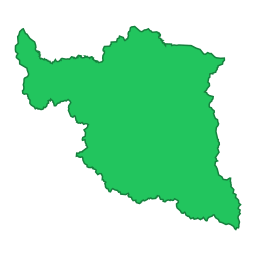 outline of Sadao, Songkhla, Thailand
{"feature_id": "78962969B3904218037840", "entity_name": "Sadao", "entity_type": "district", "adm_level": 2, "iso_a3": "THA", "parent_name": "Thailand", "parent_adm1": "Songkhla", "projection": "orthographic", "projection_center": [100.374, 6.658], "detail": "fine", "context": "isolated", "style": "filled", "palette": "green", "viewbox_px": 256, "rotation_deg": 0, "n_neighbors": 0, "source": "geoboundaries", "source_scale": "gbopen_adm2", "svg_char_len": 5686}
<svg xmlns="http://www.w3.org/2000/svg" viewBox="0 0 256 256"><path d="M156.7,31.9L152.2,32.3L151.1,31.0L150.0,30.7L148.4,28.8L146.2,29.8L144.4,30.0L142.1,31.6L141.1,31.6L139.8,31.0L134.7,26.5L131.4,27.0L130.4,27.8L129.9,31.0L128.8,31.7L128.3,32.8L128.1,34.1L128.5,35.4L127.9,37.9L127.4,38.8L126.3,39.1L125.7,40.2L124.9,40.6L124.6,40.4L123.3,37.5L119.5,36.1L119.0,38.1L117.4,38.7L116.6,41.8L111.2,42.1L111.1,44.3L110.5,44.7L109.8,46.2L104.4,46.5L103.2,49.1L103.1,50.3L103.4,51.0L104.4,51.1L104.4,53.1L103.0,55.5L102.7,58.2L103.1,60.4L102.0,61.8L98.7,62.6L97.9,61.5L96.3,62.0L95.7,61.4L96.4,60.9L94.1,60.4L93.5,59.1L92.9,59.1L93.3,58.0L92.3,57.9L92.0,56.8L91.2,56.8L89.7,58.1L89.6,57.5L88.1,57.5L87.2,56.5L86.2,57.2L85.7,56.9L85.6,56.2L84.8,56.1L85.3,56.8L84.4,57.6L82.3,57.9L81.1,57.3L81.4,56.8L81.0,56.2L80.0,56.3L79.7,55.9L80.1,55.7L78.4,55.4L77.2,56.8L77.9,57.2L77.8,57.7L76.6,57.6L75.7,58.5L74.2,57.5L73.9,58.2L72.8,57.1L71.6,56.8L69.4,59.2L68.0,58.9L66.0,59.2L62.0,58.4L60.8,59.2L61.0,60.4L59.9,60.3L59.0,61.4L57.3,61.6L56.2,61.1L55.4,59.6L53.8,62.0L52.5,62.1L52.3,63.5L50.3,62.8L50.0,61.4L48.3,61.3L47.9,60.5L47.2,60.6L46.6,59.7L45.6,59.7L44.4,58.8L44.0,59.8L41.6,58.4L40.6,58.9L40.0,58.4L39.8,56.4L39.3,56.2L40.2,55.0L39.3,54.4L39.8,53.0L38.2,52.5L39.1,51.7L37.5,51.0L36.5,51.2L35.4,49.5L35.5,47.9L35.9,47.5L35.6,45.1L34.6,42.0L29.8,38.4L27.0,34.2L25.5,33.6L23.3,28.8L22.3,29.2L19.8,31.6L18.8,35.2L17.7,36.6L18.2,43.4L15.5,45.9L15.4,49.7L15.7,51.7L17.9,53.7L16.4,56.1L16.4,57.6L19.6,60.3L19.7,63.9L27.0,68.2L27.2,69.9L28.6,73.8L28.4,75.3L27.4,76.7L24.6,78.1L24.1,79.0L24.0,82.3L23.3,84.8L23.9,87.0L23.8,89.0L23.3,90.2L22.5,90.8L22.8,93.2L24.2,94.2L26.3,93.8L27.7,94.5L27.7,96.2L28.4,97.1L28.2,98.1L30.0,100.1L29.9,103.3L31.3,105.1L34.3,107.0L35.3,108.8L36.9,108.0L38.1,109.1L38.9,108.6L40.3,109.4L41.8,109.5L43.4,108.8L43.6,107.3L45.1,107.6L46.6,106.2L47.2,103.9L47.8,103.2L48.5,103.2L48.6,101.8L48.1,100.8L49.3,100.2L50.3,100.8L50.7,99.1L53.0,101.3L53.0,102.3L53.6,102.8L54.3,105.7L55.0,105.8L55.8,105.7L57.5,103.4L60.0,102.7L60.5,101.5L63.0,101.3L65.1,100.4L66.1,101.0L68.1,99.5L70.1,101.1L70.8,102.7L68.8,105.7L68.5,107.8L69.0,108.7L68.4,110.2L70.8,116.1L72.5,117.1L73.3,117.0L74.3,115.8L75.2,116.3L76.1,120.4L77.1,121.4L76.7,122.1L78.3,123.1L79.5,122.9L80.4,123.3L82.1,122.5L83.7,124.3L85.2,123.7L87.1,123.8L88.3,124.6L87.8,125.2L87.6,126.9L86.4,128.3L84.0,129.9L85.5,132.5L85.2,136.3L82.8,137.5L82.3,139.3L82.5,140.3L84.9,139.7L85.4,142.8L86.4,144.2L86.0,145.1L87.2,146.4L87.5,147.5L82.5,151.2L82.5,151.7L79.7,152.1L78.9,153.2L76.7,153.1L76.4,156.2L77.4,155.9L78.5,156.8L80.2,157.3L82.0,156.9L82.7,157.7L83.0,160.2L84.5,163.5L87.1,165.1L87.1,166.7L88.8,167.5L91.2,167.6L92.1,167.1L93.2,167.9L92.8,168.6L95.7,169.6L96.2,170.6L95.6,171.9L97.8,174.6L99.4,173.6L101.2,173.7L102.5,176.4L102.2,179.8L103.3,179.8L103.8,181.2L105.8,182.2L104.8,183.8L105.3,184.6L105.5,186.9L106.6,188.5L107.7,188.6L108.1,189.1L109.1,191.5L110.5,191.8L111.7,189.5L112.8,188.6L114.7,189.8L117.5,190.5L118.7,192.2L119.9,191.9L120.8,194.1L125.7,194.6L128.2,193.3L128.8,194.5L128.1,195.6L128.7,196.8L131.5,197.4L131.8,198.8L133.1,200.6L135.8,200.3L135.8,201.4L136.5,202.6L139.5,203.5L140.7,202.7L140.7,202.1L141.6,201.8L142.2,200.6L143.5,200.1L143.8,200.7L144.6,200.8L147.3,199.4L148.3,198.3L149.5,198.8L150.3,198.0L151.1,198.1L152.0,198.8L155.8,198.4L156.0,197.4L156.9,197.2L157.4,195.7L159.2,196.1L160.5,199.3L163.0,199.5L163.4,200.3L163.1,201.2L164.8,201.8L165.6,201.6L166.2,200.6L168.3,199.9L170.1,200.5L170.6,199.7L172.4,200.4L173.5,200.2L174.6,198.8L178.1,200.6L178.3,202.5L176.5,203.9L176.6,206.3L177.2,208.0L180.3,210.7L181.5,212.9L183.2,213.3L184.6,212.2L185.0,212.4L186.0,215.1L187.9,216.3L188.8,216.2L190.7,218.7L193.3,217.8L194.1,219.2L197.0,218.6L197.7,218.0L200.4,219.6L201.1,218.9L201.8,219.0L203.4,217.4L205.6,220.4L206.4,220.8L207.1,220.6L207.6,218.7L208.8,217.3L212.1,216.1L213.2,214.9L214.0,214.8L215.6,217.7L218.4,219.5L219.5,221.9L222.1,222.6L226.0,224.5L228.6,223.7L230.9,224.6L233.6,226.4L234.8,228.7L235.8,229.5L236.7,227.7L238.5,227.8L238.9,226.1L238.7,225.2L239.5,222.0L238.0,217.9L238.2,216.1L240.2,213.6L239.4,212.6L240.1,210.0L238.2,208.7L238.2,208.1L239.0,206.1L240.6,204.7L238.8,203.0L238.5,200.2L236.5,198.1L235.5,197.7L236.0,194.6L233.1,193.0L233.8,189.6L230.9,186.5L231.2,185.0L230.6,182.9L230.8,182.2L230.3,181.5L230.6,178.2L229.7,178.1L227.0,179.9L223.2,179.4L221.9,176.9L218.7,174.9L217.2,168.9L216.0,166.4L214.9,165.4L215.4,161.8L217.5,160.9L216.5,160.1L216.2,158.7L215.4,157.6L219.0,152.2L217.5,148.1L218.4,147.1L218.3,145.9L219.3,144.7L219.2,142.7L218.1,141.1L218.3,139.6L217.6,139.0L215.9,131.5L216.4,127.4L217.9,125.6L218.6,123.8L217.9,122.3L217.5,119.7L215.4,118.5L214.4,116.3L213.5,113.4L214.3,112.1L214.1,110.7L212.3,109.4L211.4,107.8L209.5,107.1L209.2,106.5L209.2,104.2L210.0,102.5L211.8,101.0L211.9,100.0L212.9,98.9L213.2,96.6L209.1,95.5L207.1,93.9L206.7,92.7L204.6,91.9L206.5,90.1L207.2,88.5L209.5,85.8L209.3,83.4L207.9,82.3L208.7,78.0L209.8,77.2L209.8,74.0L211.2,73.6L212.8,73.9L213.0,73.0L215.7,72.2L215.8,71.4L217.3,69.0L217.1,68.0L218.0,67.1L218.1,65.8L222.5,64.1L222.9,61.9L224.4,60.2L224.3,58.1L220.5,58.3L216.3,57.8L214.6,56.9L211.2,53.5L209.7,53.6L207.7,52.6L205.4,54.3L203.7,54.0L200.1,49.5L196.0,48.1L191.2,45.6L178.7,45.0L176.8,45.4L174.0,45.0L171.7,45.5L171.5,44.1L165.6,43.9L165.5,45.6L164.2,43.9L164.1,42.9L163.3,42.5L162.8,42.9L162.4,42.5L162.5,41.7L162.0,41.1L162.8,40.5L161.4,40.2L161.5,39.6L161.0,39.7L161.0,39.0L160.1,38.2L159.3,38.2L158.8,37.5L158.8,36.4L159.8,36.1L159.7,35.7L160.1,35.9L160.4,35.0L160.1,34.3L159.2,33.8L159.5,33.6L159.0,32.9L158.0,32.9L157.9,32.4L156.7,31.9Z" fill="#22c55e" stroke="#15803d" stroke-width="1.5"/></svg>